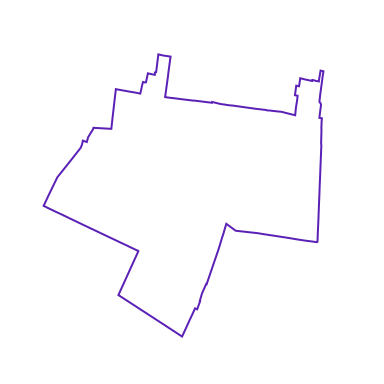 the district of Ciocile, Braila, Romania, rotated 81°
{"feature_id": "2599482B69369781010688", "entity_name": "Ciocile", "entity_type": "district", "adm_level": 2, "iso_a3": "ROU", "parent_name": "Romania", "parent_adm1": "Braila", "projection": "robinson", "projection_center": [27.247, 44.812], "detail": "fine", "context": "isolated", "style": "outline", "palette": "violet", "viewbox_px": 384, "rotation_deg": 81, "n_neighbors": 0, "source": "geoboundaries", "source_scale": "gbopen_adm2", "svg_char_len": 2467}
<svg xmlns="http://www.w3.org/2000/svg" viewBox="0 0 384 384"><g transform="rotate(81 192 192)"><path d="M182.5,340.7L183.3,339.5L185.2,336.9L190.3,329.5L190.5,329.2L197.3,319.2L199.9,315.5L204.7,308.5L205.0,308.1L205.2,307.8L205.8,306.9L206.8,305.5L213.0,296.5L213.0,296.4L215.4,292.9L220.7,285.2L227.6,275.1L241.9,254.2L242.0,254.2L256.7,263.9L282.3,280.8L285.0,277.8L290.4,271.8L307.7,252.6L321.8,237.0L333.2,224.4L330.4,222.5L317.3,213.8L312.3,210.4L307.4,207.2L308.7,205.3L301.2,201.1L301.0,201.4L293.8,198.0L285.1,192.4L285.4,192.0L251.7,174.2L251.3,174.0L241.1,169.1L239.1,168.0L233.4,165.3L228.8,163.1L237.1,154.9L241.0,140.7L242.8,134.0L244.1,130.1L245.0,127.4L245.8,124.8L247.0,121.1L248.0,117.9L251.7,106.3L251.8,105.9L253.6,100.5L255.4,95.2L256.6,91.3L257.1,89.8L258.1,86.6L258.7,84.5L259.7,81.0L260.7,77.8L260.9,77.2L261.0,76.8L260.8,76.7L260.7,76.5L260.7,76.3L260.8,76.0L260.8,75.9L260.0,75.7L259.1,75.5L253.4,74.4L238.7,71.4L224.0,68.5L215.1,66.7L206.3,65.0L195.6,62.8L194.9,62.7L165.9,56.9L165.4,56.9L164.9,57.0L149.8,54.2L149.3,54.3L147.0,53.8L146.5,53.7L143.8,53.2L140.7,52.5L139.5,52.2L139.3,52.9L138.7,54.6L130.7,52.3L128.9,51.7L125.8,50.9L124.2,51.2L123.8,51.6L123.5,51.9L122.9,52.0L121.9,51.8L115.4,50.0L108.4,47.9L102.1,46.0L100.8,45.6L98.6,45.0L95.3,43.9L93.3,43.3L93.2,43.5L92.7,44.9L92.2,46.0L93.7,46.5L101.9,49.3L102.6,49.4L101.9,51.6L101.6,52.4L101.1,53.3L100.5,54.8L100.2,55.3L100.2,55.8L101.1,56.0L100.3,58.2L99.6,59.8L99.4,60.4L99.0,61.5L98.0,64.0L96.6,67.3L104.3,69.7L103.3,72.4L112.5,75.2L113.4,72.7L114.2,72.8L119.0,74.2L125.1,76.2L132.3,78.1L130.1,83.4L126.9,90.8L126.8,91.1L124.6,99.3L123.7,102.4L123.1,105.2L122.9,105.6L122.6,105.9L119.6,116.7L113.0,138.3L112.3,141.2L111.5,143.9L111.1,145.0L111.0,145.3L109.5,150.2L106.2,158.0L107.0,158.3L102.5,173.9L101.9,176.2L102.0,176.3L100.7,180.7L99.6,184.7L98.7,187.8L97.3,192.5L95.3,199.7L94.5,202.3L94.0,203.7L72.2,197.1L71.9,197.1L54.9,192.0L52.9,198.4L52.7,199.1L50.8,203.7L68.1,208.7L68.1,209.9L70.5,210.5L67.9,217.0L76.5,220.3L76.4,221.4L75.7,223.2L79.1,224.7L82.5,226.0L86.7,227.7L85.3,231.4L83.6,236.5L80.2,246.3L79.0,249.7L78.6,250.9L78.5,251.1L85.2,253.0L108.9,259.6L109.0,259.6L117.0,261.8L113.2,279.3L114.4,279.8L121.6,286.0L126.2,288.1L124.5,291.2L124.2,291.7L124.9,292.0L125.6,292.3L125.8,292.4L126.7,292.7L127.6,293.1L127.8,293.2L128.6,293.6L129.1,293.9L130.9,295.0L141.4,306.3L156.4,322.7L172.3,333.8L182.5,340.7Z" fill="none" stroke="#5b21b6" stroke-width="2"/></g></svg>